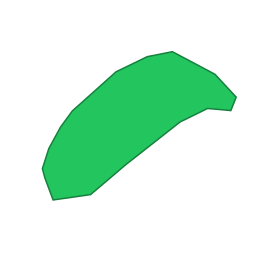 map outline of Kingston (orthographic projection), rotated 321°
{"feature_id": "JAM-1377", "entity_name": "Kingston", "entity_type": "Parish", "adm_level": 1, "iso_a3": "JAM", "parent_name": "Jamaica", "parent_adm1": "", "projection": "orthographic", "projection_center": [-76.762, 17.975], "detail": "fine", "context": "isolated", "style": "filled", "palette": "green", "viewbox_px": 256, "rotation_deg": 321, "n_neighbors": 0, "source": "natural_earth", "source_scale": "10m", "svg_char_len": 374}
<svg xmlns="http://www.w3.org/2000/svg" viewBox="0 0 256 256"><g transform="rotate(321 128 128)"><path d="M218.9,179.2L213.6,174.0L202.1,162.9L172.3,156.1L103.6,155.1L57.0,156.2L24.5,136.8L32.0,114.4L35.9,105.7L53.6,94.1L76.2,84.8L95.5,79.7L154.2,76.8L187.9,84.7L210.5,96.6L229.4,141.0L231.5,172.1L218.9,179.2Z" fill="#22c55e" stroke="#15803d" stroke-width="1.5"/></g></svg>